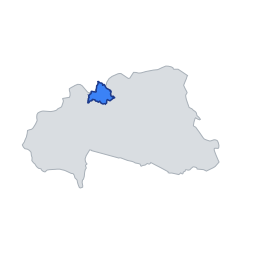 location of Sourou, Sourou, Burkina Faso, rotated 16°
{"feature_id": "67063806B20155029653315", "entity_name": "Sourou", "entity_type": "district", "adm_level": 2, "iso_a3": "BFA", "parent_name": "Burkina Faso", "parent_adm1": "Sourou", "projection": "albers", "projection_center": [-3.016, 13.252], "detail": "fine", "context": "in_parent", "style": "filled", "palette": "blue", "viewbox_px": 256, "rotation_deg": 16, "n_neighbors": 0, "source": "geoboundaries", "source_scale": "gbopen_adm2", "svg_char_len": 6356}
<svg xmlns="http://www.w3.org/2000/svg" viewBox="0 0 256 256"><g transform="rotate(16 128 128)"><path d="M188.9,158.8L182.6,159.2L180.3,159.9L178.9,159.9L178.8,159.4L178.7,159.0L170.7,157.2L165.1,156.1L159.4,154.9L159.1,156.1L158.3,156.9L157.0,156.9L156.2,156.8L155.6,157.7L154.7,158.9L153.4,159.5L152.1,160.3L151.4,161.0L150.9,161.0L149.6,159.4L147.8,159.3L144.6,159.6L143.2,159.2L141.2,159.0L136.5,159.3L129.1,158.7L127.8,159.1L127.5,159.4L120.1,159.5L112.0,159.6L105.2,159.7L99.3,159.8L99.2,159.5L97.3,159.5L97.1,160.0L95.4,166.2L95.3,169.6L96.2,171.7L97.2,173.0L98.3,173.6L98.4,174.3L97.5,175.3L97.6,176.3L98.6,177.3L98.9,178.4L98.4,179.6L98.5,182.3L99.3,186.6L99.3,189.4L98.6,190.7L98.9,192.9L100.4,196.0L100.7,197.3L100.1,197.9L98.9,198.7L97.7,198.7L96.2,196.8L95.6,196.0L94.4,194.1L93.5,192.2L92.1,191.3L90.8,190.6L89.2,188.1L87.7,187.0L86.0,187.3L83.6,186.9L78.8,186.2L73.7,186.4L71.5,187.0L69.4,187.8L64.0,189.7L61.9,190.7L60.3,193.1L58.5,193.1L56.6,192.3L55.5,191.2L53.1,191.4L50.7,190.3L48.4,188.2L46.8,187.5L44.6,185.9L44.0,183.0L42.7,181.0L41.5,178.1L39.6,176.8L37.5,176.1L34.5,176.3L32.6,175.1L31.1,173.4L31.5,172.0L32.2,170.0L32.3,168.0L32.8,164.8L32.6,160.8L32.1,158.1L33.7,156.9L35.6,155.9L36.8,154.0L38.0,149.8L38.6,146.1L38.2,144.8L37.6,143.7L37.1,142.1L36.8,140.2L37.2,138.5L38.6,137.0L40.4,135.7L41.7,135.1L45.0,134.4L49.2,133.5L51.6,132.4L53.4,131.3L54.4,130.5L55.4,128.7L57.0,127.3L58.3,125.9L58.5,122.0L58.5,119.8L57.6,118.6L57.1,117.6L63.3,114.6L63.3,112.4L62.5,110.0L61.3,108.1L60.8,106.4L62.5,104.5L64.1,103.0L65.2,101.8L67.6,99.9L70.1,99.4L72.4,100.1L79.2,104.6L80.3,104.9L81.7,104.6L83.5,103.4L85.8,102.5L86.7,99.5L86.6,95.1L87.1,93.0L88.3,92.7L92.2,93.5L93.2,93.6L94.4,93.3L95.2,92.5L95.1,91.1L95.0,89.8L96.2,85.7L98.5,82.7L103.2,78.8L104.6,78.0L106.3,77.6L114.6,80.3L116.0,79.6L118.0,73.0L120.3,72.4L123.0,72.3L124.7,71.7L125.6,71.3L129.6,68.8L136.5,65.3L140.3,63.8L141.0,63.3L143.7,60.9L147.2,58.1L149.5,57.5L152.6,57.3L154.6,57.7L155.1,58.5L155.8,58.9L159.9,57.7L165.7,59.5L170.8,61.2L170.5,62.4L170.5,64.5L170.1,67.7L169.7,71.6L171.8,74.1L174.4,76.8L175.1,77.8L174.4,80.5L174.9,82.0L176.3,84.6L178.6,87.9L181.0,91.3L182.6,91.7L184.1,91.9L185.1,92.5L186.4,93.1L187.8,93.5L189.0,94.2L189.7,94.9L190.8,97.0L193.4,98.3L195.2,99.7L194.5,100.4L192.2,100.2L190.1,99.6L189.8,100.6L189.8,104.5L190.2,107.7L190.7,108.1L192.9,108.6L198.1,112.7L202.8,116.6L204.4,117.6L207.0,117.9L209.9,118.0L211.1,117.6L213.9,115.6L215.4,115.3L216.8,115.4L217.5,115.7L218.9,117.3L220.2,119.7L220.6,121.5L220.5,122.4L220.1,122.8L217.8,123.3L216.8,123.7L216.6,124.3L217.0,125.5L217.4,126.2L220.0,129.7L223.8,134.4L224.9,135.6L224.3,137.0L222.5,140.8L221.2,142.4L215.2,147.8L212.1,147.2L205.8,148.4L204.9,147.2L203.4,147.1L201.6,147.3L200.9,147.8L200.7,148.3L200.1,149.0L199.0,151.1L198.1,151.7L197.0,152.0L195.6,152.0L194.8,152.3L194.8,153.3L194.6,154.2L193.6,154.7L193.3,155.7L193.4,156.7L192.8,157.2L191.6,156.9L190.9,156.7L190.3,158.0L189.5,158.8L188.9,158.8Z" fill="#d9dde1" stroke="#a8b0b8" stroke-width="1"/><path d="M99.7,111.1L99.7,110.9L99.8,110.8L99.9,110.7L100.0,110.6L100.1,110.4L100.2,110.2L100.3,110.2L100.5,110.0L100.5,109.8L100.4,109.0L100.3,108.7L100.2,108.5L100.2,108.3L100.1,108.1L100.1,107.9L100.1,107.5L100.1,107.0L100.1,106.9L100.2,106.7L100.3,106.6L100.4,106.4L100.6,106.4L101.9,106.7L102.6,106.8L102.9,106.8L103.0,106.8L103.3,106.7L103.5,106.4L103.6,106.2L103.8,106.0L103.9,105.9L104.0,105.7L104.2,105.4L104.3,105.2L104.5,105.0L104.7,104.9L104.8,104.7L104.9,104.4L105.0,104.2L105.2,103.9L105.3,103.8L105.5,103.7L105.8,103.5L105.9,103.3L106.0,103.1L106.1,102.9L106.3,102.7L106.7,102.7L106.7,102.4L106.3,102.2L105.8,102.0L104.8,101.5L104.7,101.6L104.8,101.7L104.7,101.8L104.6,102.0L104.6,102.3L104.4,102.4L103.9,102.2L102.7,101.7L102.5,101.4L102.5,101.2L102.4,101.0L102.4,100.9L102.3,100.7L102.2,100.6L102.1,100.4L101.9,100.3L101.9,100.2L101.8,99.9L101.8,99.2L101.8,98.0L101.7,97.6L101.5,97.4L101.5,97.5L101.4,97.5L101.2,97.5L100.8,97.5L100.7,97.5L100.6,97.4L100.4,97.2L100.2,96.9L100.2,96.7L99.9,96.5L99.7,96.4L99.3,96.4L98.9,96.3L98.2,96.1L97.9,96.1L97.7,96.1L97.3,96.0L97.2,95.9L96.9,95.9L96.6,95.8L96.3,95.7L96.2,95.6L95.9,95.4L95.7,95.2L95.4,94.9L95.2,94.8L95.1,94.7L94.9,94.6L94.6,94.2L94.4,93.9L94.1,93.7L93.3,92.9L93.1,92.8L92.7,92.9L92.6,93.1L92.2,93.8L91.9,93.9L91.7,93.6L91.5,92.9L91.1,92.6L90.7,92.2L90.2,92.1L89.9,92.1L89.6,92.2L89.1,92.3L88.7,92.4L88.1,92.1L87.6,91.8L87.3,91.7L86.8,91.5L86.5,91.5L86.4,91.6L86.2,91.8L86.3,92.0L86.8,92.5L87.0,93.3L86.9,93.7L86.9,93.9L86.9,94.3L86.9,94.7L86.8,95.1L86.6,95.5L86.4,95.8L86.3,96.1L86.4,96.7L86.6,97.6L86.8,98.9L86.8,99.4L86.8,100.3L86.8,100.5L87.2,101.0L87.2,101.3L87.4,101.6L87.4,101.8L87.2,102.2L86.9,102.4L86.5,102.4L85.7,102.5L84.9,102.6L84.6,102.6L84.2,102.6L83.7,102.7L83.3,102.7L82.8,102.8L82.7,102.9L82.6,103.0L82.6,103.3L82.8,103.7L82.9,104.4L83.0,104.6L82.9,105.1L82.6,105.4L82.5,105.5L82.4,105.6L82.5,105.8L82.4,105.9L82.2,105.9L82.1,106.0L82.0,106.4L82.0,106.5L81.9,106.7L81.8,106.8L81.7,106.9L81.7,107.0L81.5,107.3L81.5,107.5L81.4,107.5L81.5,107.6L81.5,107.8L81.5,108.0L81.7,108.3L81.6,108.7L81.6,108.8L81.7,109.0L82.0,109.1L82.2,109.3L82.2,109.5L82.0,109.8L82.0,110.1L81.9,110.3L81.8,110.6L81.8,110.9L81.9,111.0L81.9,111.5L82.0,111.6L82.2,111.8L82.0,112.4L82.0,112.5L82.2,112.8L82.1,113.0L82.2,113.3L82.3,113.7L82.3,113.8L82.3,114.0L82.2,114.3L82.3,114.4L82.4,114.5L82.6,114.7L82.6,114.8L82.8,114.8L83.0,114.8L83.2,114.6L83.4,114.4L83.5,114.2L83.6,113.7L83.7,113.3L83.7,113.2L83.9,112.7L84.0,112.6L84.5,112.3L84.9,112.1L85.3,112.0L85.4,111.9L85.6,111.8L85.7,111.6L85.8,111.5L85.8,111.3L85.9,111.2L85.8,110.9L85.7,110.7L85.9,110.4L86.0,110.3L86.3,110.2L86.5,110.2L86.8,110.2L87.1,110.2L87.4,110.1L87.6,110.2L87.9,110.2L88.0,110.1L88.3,110.0L88.7,110.3L88.8,110.4L88.9,110.6L89.1,110.7L89.3,110.9L89.4,111.0L89.5,111.0L89.8,111.0L90.1,110.9L90.4,110.9L90.6,110.9L90.8,110.9L91.0,110.8L91.7,111.1L91.9,111.1L92.1,111.3L92.3,111.3L92.5,111.3L92.6,111.2L92.8,110.9L92.9,110.6L93.0,110.5L93.1,110.3L93.3,110.3L93.4,110.2L93.5,110.1L93.7,110.3L93.9,110.5L94.2,110.7L94.4,110.8L94.5,111.0L94.8,111.1L95.1,111.4L95.3,111.5L95.5,111.5L95.8,111.6L96.0,111.6L96.4,111.7L97.2,111.8L97.3,111.8L97.5,111.7L97.8,111.6L98.0,111.5L98.1,111.4L98.3,111.2L98.5,111.1L98.9,111.1L99.2,111.1L99.5,111.0L99.7,111.1Z" fill="#3b82f6" stroke="#1e3a8a" stroke-width="1.5"/></g></svg>